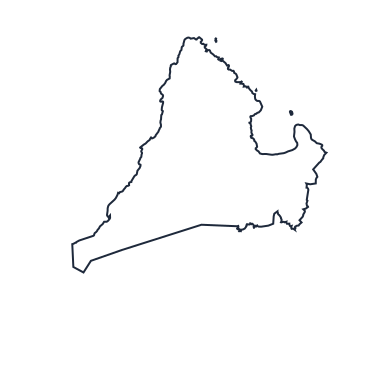 the district of Gazelle District, East New Britain, Papua New Guinea, rotated 40°
{"feature_id": "67681753B97447526422364", "entity_name": "Gazelle District", "entity_type": "district", "adm_level": 2, "iso_a3": "PNG", "parent_name": "Papua New Guinea", "parent_adm1": "East New Britain", "projection": "robinson", "projection_center": [151.83, -4.567], "detail": "fine", "context": "isolated", "style": "outline", "palette": "slate", "viewbox_px": 384, "rotation_deg": 40, "n_neighbors": 0, "source": "geoboundaries", "source_scale": "gbopen_adm2", "svg_char_len": 5919}
<svg xmlns="http://www.w3.org/2000/svg" viewBox="0 0 384 384"><g transform="rotate(40 192 192)"><path d="M269.7,75.5L267.9,76.1L266.4,75.5L264.3,75.4L262.8,75.0L262.2,74.4L262.1,72.9L261.7,72.4L261.0,72.3L258.7,73.0L256.2,74.4L253.5,74.2L250.4,74.8L249.2,74.6L248.2,73.9L246.0,71.6L242.4,70.4L239.6,69.9L234.5,69.6L233.3,70.0L231.6,71.4L230.0,72.0L229.1,73.1L228.7,74.0L228.6,75.3L229.6,77.6L231.9,80.1L234.4,83.9L237.0,85.4L239.3,86.4L240.9,86.7L242.2,87.9L242.7,88.6L243.1,90.6L243.0,92.5L241.9,95.4L239.5,99.1L238.3,101.7L237.3,103.3L234.0,106.9L232.9,108.6L232.2,108.9L229.9,111.6L228.7,112.5L224.4,115.2L221.4,117.8L219.3,118.8L216.8,118.1L215.1,118.4L213.2,118.2L212.7,117.5L212.9,116.4L212.8,115.5L210.4,113.5L208.0,112.7L206.8,112.8L205.8,111.8L204.0,111.7L202.6,112.4L201.6,111.9L201.1,111.5L201.0,111.1L201.8,110.4L201.8,109.6L201.6,109.3L199.8,108.6L199.1,108.1L198.0,106.4L197.4,106.3L195.6,104.8L195.3,103.8L194.9,103.4L194.1,103.0L193.1,102.1L191.6,102.2L191.4,102.0L192.1,101.0L191.7,99.7L190.3,97.9L188.8,97.3L188.2,96.6L188.3,96.0L189.1,95.4L190.2,93.5L190.1,92.4L190.3,91.5L191.0,90.7L191.1,89.4L192.0,88.1L192.2,85.2L191.0,81.5L185.9,79.0L184.9,79.1L183.6,80.2L183.0,80.4L181.6,80.4L180.5,80.0L178.7,78.3L177.5,76.5L176.4,77.2L174.7,77.4L173.3,76.5L172.1,76.5L170.3,76.3L168.2,75.7L167.4,75.1L167.2,75.2L167.3,76.2L167.0,76.7L165.2,76.5L163.9,78.0L163.4,77.0L161.9,76.2L161.2,76.7L160.6,76.8L160.0,77.5L159.5,77.8L159.1,74.7L158.8,76.1L158.4,76.7L155.8,79.0L154.4,79.6L153.7,79.3L153.2,78.6L153.4,77.6L153.3,75.3L153.1,74.9L150.3,73.4L149.4,73.3L147.7,73.6L146.8,72.8L145.9,72.5L145.0,73.4L142.3,73.8L141.5,74.6L140.6,74.7L140.1,74.3L139.6,73.3L139.7,72.3L138.9,71.3L138.4,71.3L137.5,72.6L134.8,71.7L131.4,71.7L131.0,71.8L130.4,72.8L130.1,72.9L130.4,71.1L129.9,70.1L129.6,70.1L128.5,71.4L128.4,72.5L128.0,73.1L127.5,73.5L126.8,73.5L126.1,71.7L124.5,72.6L123.3,72.5L122.4,73.3L119.9,73.0L116.7,73.2L114.9,72.2L114.2,72.1L113.1,73.0L112.8,73.9L113.0,74.9L112.1,75.3L111.4,73.3L109.0,73.2L108.4,72.6L108.7,70.7L108.3,70.0L107.4,70.9L106.6,71.2L105.4,71.2L104.7,72.1L102.9,72.1L102.2,71.4L102.3,70.2L102.1,69.1L101.7,68.8L98.1,68.8L97.7,69.3L97.7,70.2L97.4,71.0L97.5,72.2L97.1,72.6L94.6,72.8L92.4,75.4L91.2,75.4L90.1,75.9L89.3,76.8L88.5,79.1L88.5,80.4L90.2,84.0L91.1,85.0L91.3,85.6L91.0,87.1L91.1,87.7L92.6,90.0L92.5,91.8L93.8,94.7L94.0,96.4L94.9,97.2L95.0,98.8L97.5,101.9L97.6,104.1L97.0,104.8L95.9,104.8L95.5,105.2L94.3,108.2L94.4,108.7L95.0,109.3L95.4,110.7L96.3,112.2L98.1,114.0L99.8,117.0L100.8,117.9L101.9,119.4L100.8,122.1L100.8,123.6L101.4,125.7L101.5,128.0L101.1,129.8L101.2,133.8L102.3,135.5L102.8,135.6L103.5,135.5L105.0,136.5L107.2,136.4L108.1,137.0L108.9,138.9L108.6,141.1L108.8,142.3L109.4,143.0L110.2,142.8L111.3,141.5L111.9,141.5L112.6,142.3L114.5,146.4L115.8,148.3L116.4,148.8L117.7,148.8L119.1,151.9L119.0,152.8L121.6,156.3L122.1,157.6L123.2,159.2L124.8,160.3L126.0,161.6L126.3,162.4L126.3,163.9L126.7,164.7L127.0,166.2L127.5,167.4L127.7,171.8L128.1,172.7L128.0,174.3L127.2,176.3L126.7,176.8L125.6,176.6L125.7,178.1L126.1,179.3L125.5,181.7L125.3,184.7L124.6,186.6L123.7,191.2L124.2,191.4L125.6,190.7L126.3,191.0L126.8,193.1L127.2,193.7L128.5,194.1L128.9,194.6L129.2,195.6L130.6,197.7L130.6,199.1L131.0,200.0L131.9,203.5L132.4,204.1L133.7,204.7L134.9,204.2L135.2,204.3L135.9,205.4L136.5,207.4L136.5,210.7L138.2,213.8L138.3,214.6L137.8,215.9L137.7,217.0L138.6,222.6L139.1,223.3L138.0,224.8L138.0,225.7L139.5,227.3L139.1,228.3L138.2,229.3L138.0,230.4L138.2,232.3L138.1,234.3L138.4,235.0L138.3,236.3L136.8,238.6L136.8,239.0L137.0,239.7L135.9,240.1L136.7,241.9L137.5,245.4L137.6,247.6L136.7,254.2L136.7,255.9L136.9,256.7L137.8,258.6L139.4,260.6L141.7,264.3L143.0,264.9L144.1,264.9L145.1,265.4L145.2,265.0L144.3,263.9L144.3,262.7L145.9,264.5L146.2,265.5L146.2,268.1L145.8,269.6L143.8,271.3L144.2,273.9L143.6,277.5L144.1,279.8L144.0,281.8L144.3,282.6L144.3,284.3L143.9,286.0L144.3,287.3L144.7,287.9L144.7,288.8L136.8,301.6L135.6,304.7L135.8,305.2L135.3,305.8L134.4,308.0L133.8,308.9L149.3,325.7L160.6,323.4L158.8,309.7L175.5,281.6L220.3,211.0L248.6,189.2L249.2,188.3L250.0,188.9L250.0,190.9L250.1,191.1L250.9,191.1L251.3,190.3L251.9,190.4L252.2,190.0L252.8,189.9L253.2,190.4L253.1,191.4L253.2,191.8L253.3,191.8L254.1,190.8L254.6,190.6L254.1,189.1L255.2,187.8L255.9,186.1L255.8,184.1L255.4,183.4L255.6,182.7L254.8,181.8L254.8,181.3L256.7,180.2L257.1,179.7L257.1,179.2L256.7,178.6L257.1,178.3L258.3,178.4L258.8,177.5L259.3,177.6L260.5,177.7L261.3,178.4L261.5,179.0L262.4,179.6L262.5,179.5L262.0,177.8L262.1,177.6L262.4,177.9L263.3,177.3L263.3,176.0L263.4,175.8L263.8,176.1L265.4,175.6L267.4,174.0L272.1,168.7L274.6,164.1L270.2,158.1L269.0,155.7L269.9,151.9L270.3,152.4L271.0,152.6L271.6,153.2L272.5,153.7L273.4,153.6L274.9,153.9L276.5,154.4L277.2,155.1L278.2,155.4L279.3,156.8L279.6,158.0L279.9,157.9L281.0,156.3L281.8,155.7L282.4,155.7L283.4,154.1L283.7,154.7L285.2,155.3L286.9,153.7L287.3,154.2L288.8,155.0L289.5,154.9L290.1,154.0L290.5,155.1L291.7,156.1L292.2,156.1L292.7,155.3L293.5,155.0L294.8,154.9L294.6,154.8L294.7,153.7L294.4,153.1L293.5,152.9L293.3,152.2L294.0,150.4L295.2,149.2L295.1,147.4L295.5,144.9L292.5,144.5L292.7,139.8L292.3,138.6L291.7,137.7L291.3,135.1L290.8,134.1L290.1,133.8L288.4,133.7L289.8,131.6L290.5,128.8L290.2,128.6L289.8,128.9L289.0,128.7L287.1,127.2L286.0,124.4L285.0,124.3L279.7,115.5L278.8,114.9L277.4,114.6L276.9,115.0L275.2,112.5L274.1,112.0L277.6,110.1L281.3,105.9L278.8,102.8L278.3,101.1L278.3,99.8L275.6,98.2L270.3,96.8L270.6,87.6L271.0,86.5L270.8,83.5L270.9,81.9L270.3,81.1L269.5,78.7L269.7,75.5ZM218.2,69.2L218.8,68.7L218.8,67.6L218.4,67.2L217.1,66.3L216.2,66.3L215.3,66.8L215.3,67.3L215.5,67.7L218.2,69.2ZM113.9,61.5L114.0,61.2L113.3,60.3L112.7,60.2L112.3,60.5L112.5,61.0L113.9,61.5ZM176.1,73.4L176.3,72.9L175.5,72.4L175.6,73.3L176.1,73.4ZM111.8,59.8L112.1,59.4L111.5,58.3L111.5,59.6L111.8,59.8Z" fill="none" stroke="#1e293b" stroke-width="2"/></g></svg>